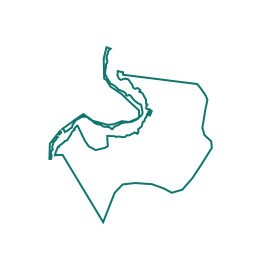 Zemam Out, Al Bahr al Ahmar, Egypt (orthographic projection), rotated 60°
{"feature_id": "37247803B70962807620148", "entity_name": "Zemam Out", "entity_type": "district", "adm_level": 2, "iso_a3": "EGY", "parent_name": "Egypt", "parent_adm1": "Al Bahr al Ahmar", "projection": "orthographic", "projection_center": [32.567, 25.936], "detail": "fine", "context": "isolated", "style": "outline", "palette": "teal", "viewbox_px": 256, "rotation_deg": 60, "n_neighbors": 0, "source": "geoboundaries", "source_scale": "gbopen_adm2", "svg_char_len": 5796}
<svg xmlns="http://www.w3.org/2000/svg" viewBox="0 0 256 256"><g transform="rotate(60 128 128)"><path d="M105.6,98.0L109.7,98.3L110.5,98.3L111.0,98.2L112.5,98.3L115.7,100.0L116.7,99.7L117.0,99.5L117.3,99.5L117.0,100.3L117.5,100.5L117.3,100.7L117.5,100.6L120.0,102.4L120.7,102.3L120.9,102.2L121.8,101.0L122.5,100.5L123.1,99.6L123.3,99.6L123.8,100.2L123.9,101.7L124.1,102.0L124.4,102.5L124.7,102.5L125.3,102.7L125.3,103.7L125.6,104.7L125.9,104.9L126.5,105.2L126.8,105.7L127.0,106.2L127.6,106.5L127.8,106.7L127.9,107.4L128.6,108.9L129.1,109.3L129.4,109.6L130.2,110.4L130.5,111.2L130.3,111.6L130.1,111.8L130.1,112.0L130.4,112.2L130.6,112.5L131.2,113.1L132.1,114.1L133.2,115.1L133.4,115.5L133.7,116.1L133.8,117.3L134.1,119.8L135.6,120.4L136.3,120.8L137.1,121.4L137.5,122.3L137.6,122.9L137.2,123.2L136.6,123.1L136.5,123.6L135.8,124.2L135.1,124.6L135.2,124.8L135.4,125.3L135.3,126.1L135.0,127.8L135.0,128.2L135.1,128.8L135.1,129.4L134.9,130.8L134.6,131.4L133.7,132.6L133.7,133.0L134.0,133.5L134.2,134.6L134.2,135.0L133.8,136.2L133.1,137.5L132.0,138.6L130.7,140.4L130.4,141.0L129.9,142.7L129.0,143.1L128.7,143.6L128.0,144.2L127.6,144.9L126.8,146.4L126.1,147.4L125.4,148.4L124.5,149.9L125.9,150.7L133.7,154.6L133.6,158.2L130.9,167.1L124.3,171.2L116.9,171.7L100.8,170.5L100.6,170.8L100.6,171.5L101.0,172.5L101.4,174.0L101.5,174.4L101.7,174.9L102.4,174.9L102.6,174.9L102.8,175.0L103.0,175.5L102.8,176.2L103.2,177.7L103.5,178.5L103.9,179.2L104.6,180.0L104.9,180.7L105.4,181.3L105.7,181.8L105.8,182.3L106.8,184.1L107.1,184.6L107.6,185.9L108.1,186.6L108.3,186.9L108.3,187.1L107.9,188.2L108.0,188.6L107.7,189.5L107.8,189.9L108.2,190.2L108.4,190.9L108.4,192.0L108.8,193.6L108.8,194.3L108.7,195.1L109.0,196.1L109.1,196.5L109.9,197.3L109.7,197.8L109.4,198.4L109.9,199.0L110.5,199.6L111.0,200.2L111.2,200.6L111.6,201.1L112.5,202.3L112.6,202.5L113.2,203.1L113.6,203.3L114.2,204.0L114.3,204.3L115.1,204.9L115.2,204.4L118.6,198.1L197.1,196.6L177.5,172.0L174.2,160.8L179.2,149.4L188.6,135.4L198.0,127.4L206.0,122.4L208.6,111.8L203.7,97.5L196.0,82.1L190.8,72.4L187.2,65.4L181.1,62.6L172.4,65.3L165.0,63.5L157.9,57.6L151.3,52.3L143.4,45.2L139.0,44.5L130.8,45.1L124.6,46.0L79.4,105.7L77.3,104.4L73.6,108.4L75.8,109.8L76.8,110.7L78.3,110.8L80.4,111.2L80.9,111.1L82.1,110.5L82.7,110.0L82.9,109.7L83.0,109.4L83.3,107.1L83.7,106.4L83.7,106.2L83.8,105.6L85.1,104.7L85.4,103.8L86.0,103.5L86.5,103.4L88.7,103.1L90.7,103.0L92.1,102.7L93.2,102.9L93.9,103.0L94.8,103.2L95.4,103.3L95.8,103.3L96.7,102.9L97.1,102.6L97.8,101.8L98.0,100.3L98.2,99.9L98.6,99.4L99.4,99.2L99.9,98.8L100.3,98.7L100.7,98.6L101.1,98.5L101.6,98.5L102.1,100.0L102.5,100.1L103.1,99.2L103.4,98.9L104.0,98.8L104.7,98.3L105.1,98.1L105.6,98.0ZM128.2,102.8L126.4,104.2L125.5,101.4L124.3,99.6L125.3,99.0L128.2,102.8ZM50.6,103.5L47.4,106.3L55.7,114.3L73.2,123.9L75.9,122.7L83.4,122.5L95.4,116.6L105.8,113.6L118.2,109.7L123.9,112.7L124.1,113.8L124.5,114.8L123.6,122.5L123.4,122.8L123.4,123.9L119.0,130.0L117.6,138.6L115.1,144.0L104.3,154.8L93.6,159.7L94.5,171.2L94.6,171.4L96.0,185.4L96.7,184.8L97.3,184.6L97.8,184.6L98.6,184.3L99.0,184.5L99.9,184.7L99.8,183.5L100.1,182.5L99.8,179.9L99.6,178.9L99.6,177.9L99.5,176.4L98.6,175.3L97.7,174.6L97.2,173.5L96.8,172.8L95.6,170.0L95.0,169.3L94.9,168.9L95.2,168.4L95.3,168.1L95.2,166.9L95.3,165.1L95.2,164.8L94.8,164.5L94.9,164.2L95.1,164.1L95.2,163.8L95.2,163.6L95.1,162.9L95.6,162.2L95.7,161.9L95.7,161.3L95.4,160.4L95.4,160.2L96.6,159.9L96.8,159.7L97.1,158.9L97.4,158.3L97.6,158.3L98.3,157.8L100.0,157.2L101.4,156.8L102.1,156.2L104.4,155.2L106.5,154.7L107.3,154.2L109.4,152.7L109.8,152.2L109.8,151.8L110.0,151.4L110.2,151.2L110.9,150.9L110.9,150.7L110.8,150.4L112.1,149.7L113.1,149.3L113.9,149.0L115.3,147.7L115.9,146.4L117.7,144.0L118.1,143.7L119.4,143.2L120.1,142.8L120.3,142.8L120.9,142.6L121.2,142.2L120.6,140.7L120.1,139.5L120.1,139.2L120.6,134.7L120.7,134.3L120.5,132.8L120.7,131.7L120.8,130.9L121.9,127.4L122.6,126.2L123.4,124.6L123.5,123.6L123.4,123.1L123.5,122.9L123.9,122.7L124.2,122.4L124.7,121.4L124.6,120.7L124.6,120.2L124.8,119.1L124.8,118.5L125.0,116.8L125.0,115.3L124.9,114.7L124.7,114.4L124.2,112.6L124.0,110.7L123.8,110.0L123.0,108.6L122.9,108.5L122.2,107.9L121.3,107.4L118.5,106.4L117.1,106.0L116.3,105.5L115.4,105.3L114.9,105.3L114.3,105.1L111.3,107.2L109.3,107.9L108.2,108.5L106.1,109.0L104.3,109.3L103.4,109.4L102.4,109.5L100.8,109.8L100.3,110.1L99.8,110.6L99.8,112.1L99.4,112.8L99.1,113.1L98.7,113.2L98.4,113.1L97.6,112.7L97.3,112.7L96.4,112.8L95.4,113.3L94.1,113.8L93.1,114.8L92.0,115.5L90.8,116.5L89.8,117.0L89.1,117.3L88.3,117.3L88.1,117.4L87.2,117.9L86.3,118.0L85.4,118.3L84.4,118.8L83.2,119.5L82.2,119.8L81.5,120.5L80.7,121.0L80.2,121.2L79.5,121.3L79.0,120.9L78.6,120.8L78.3,121.1L78.5,121.7L77.5,122.0L77.2,121.7L77.0,121.2L76.8,121.1L76.7,121.0L76.2,121.0L75.0,121.2L74.5,121.2L73.0,121.1L71.7,121.0L69.5,120.7L66.8,118.9L66.3,118.6L66.1,118.3L65.8,118.2L65.2,118.6L64.9,118.5L64.7,118.3L64.9,117.2L64.0,116.4L63.7,116.1L63.1,115.8L62.2,115.4L61.9,115.3L61.7,114.5L61.1,113.5L60.8,113.2L59.7,112.6L59.4,112.4L59.1,112.2L58.4,112.1L58.1,112.1L57.8,112.3L57.4,112.2L57.3,111.7L56.9,111.4L56.2,111.2L55.6,110.9L55.2,110.5L54.0,109.1L53.4,108.2L52.9,107.9L52.5,107.6L51.7,106.8L51.2,105.8L50.8,104.2L50.7,104.0L50.6,103.5ZM115.5,211.5L116.3,210.0L115.3,209.2L114.8,209.0L114.5,208.6L114.1,208.4L113.4,207.7L112.6,207.6L111.5,207.5L110.5,206.9L110.1,206.3L109.7,205.8L109.4,205.3L108.9,203.8L108.6,203.9L106.9,203.4L105.9,202.5L105.0,201.7L104.8,201.2L104.1,200.5L103.1,199.9L102.9,199.7L102.9,198.9L102.7,198.3L102.7,197.8L102.0,196.3L101.7,195.5L101.3,194.9L100.8,194.3L100.6,194.0L100.7,193.5L99.6,194.0L98.8,194.1L102.5,203.5L115.5,211.5ZM98.1,192.2L98.3,191.8L99.3,191.1L98.7,188.4L98.3,188.0L98.0,188.0L97.0,188.2L96.3,187.6L98.1,192.2Z" fill="none" stroke="#0f766e" stroke-width="2"/></g></svg>